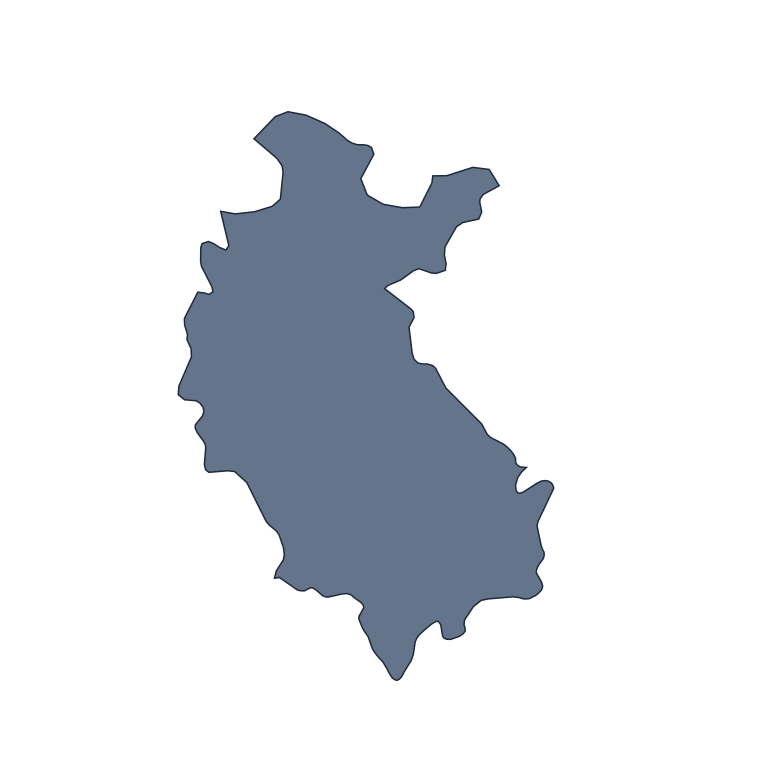 map outline of Firenze (Mercator projection), rotated 125°
{"feature_id": "ITA-5386", "entity_name": "Firenze", "entity_type": "Province", "adm_level": 1, "iso_a3": "ITA", "parent_name": "Italy", "parent_adm1": "", "projection": "mercator", "projection_center": [11.33, 43.844], "detail": "fine", "context": "isolated", "style": "filled", "palette": "slate", "viewbox_px": 768, "rotation_deg": 125, "n_neighbors": 0, "source": "natural_earth", "source_scale": "10m", "svg_char_len": 3027}
<svg xmlns="http://www.w3.org/2000/svg" viewBox="0 0 768 768"><g transform="rotate(125 384 384)"><path d="M185.5,463.4L185.4,463.2L177.3,452.0L155.6,435.5L147.9,420.9L155.5,403.4L171.6,411.4L176.9,411.5L179.9,410.1L187.1,402.6L194.5,401.0L206.6,412.1L213.6,414.8L236.6,412.7L243.9,408.4L249.8,402.1L255.7,399.0L263.2,404.4L265.8,408.6L269.5,421.5L273.8,424.6L289.1,429.9L301.2,437.4L305.5,438.2L307.1,405.1L307.9,401.6L312.4,397.4L323.1,396.1L342.9,378.3L346.5,373.5L347.4,368.2L345.4,363.9L342.7,359.8L341.1,355.1L341.2,352.3L341.8,350.2L351.8,331.1L360.7,281.0L366.0,270.6L366.7,266.0L364.7,251.6L365.0,246.8L365.9,241.8L367.4,237.1L369.6,233.4L372.2,231.5L373.3,230.3L374.0,228.2L373.9,225.7L373.1,223.5L370.7,219.5L377.1,220.8L384.1,220.8L391.6,218.1L395.4,214.7L396.4,212.3L395.8,210.4L394.3,209.0L392.3,207.8L377.4,201.7L373.6,199.6L372.0,198.2L370.8,196.7L369.7,194.8L369.2,192.7L369.0,190.4L369.7,188.4L370.8,186.5L372.3,185.1L407.7,179.1L412.2,177.5L426.3,162.5L428.5,159.4L429.2,158.1L429.9,156.6L431.9,154.8L435.4,153.4L443.9,153.5L448.1,152.7L450.7,151.5L451.9,149.8L455.7,141.7L456.9,140.0L458.2,138.4L460.2,137.3L463.0,136.8L467.4,137.6L470.3,138.5L476.3,141.7L478.0,143.6L479.9,146.3L481.7,151.4L484.3,156.2L500.3,175.4L505.5,180.3L515.2,183.1L519.3,183.0L530.6,182.7L533.0,181.7L535.6,180.1L536.8,178.3L538.3,176.8L540.1,175.7L543.4,176.0L547.6,177.6L554.8,182.8L557.2,186.3L557.8,189.3L556.9,191.2L555.5,192.8L549.9,198.2L548.4,200.0L547.7,202.1L547.5,204.2L550.1,206.0L554.4,207.7L568.5,211.2L573.2,211.4L577.4,210.5L588.9,204.8L594.9,203.1L607.6,202.4L608.9,202.3L612.9,201.7L615.0,201.8L617.4,202.3L619.3,203.4L620.1,205.6L620.0,208.7L617.7,214.3L616.1,217.2L612.4,225.2L610.4,234.1L609.0,238.3L607.7,241.4L600.0,252.2L597.5,259.0L596.3,261.5L591.6,268.9L590.1,270.4L588.2,271.3L580.5,272.0L578.3,272.6L576.8,274.6L576.2,277.8L576.1,286.2L575.7,289.0L576.0,291.7L577.2,294.5L580.3,298.2L590.8,307.7L591.9,309.9L592.6,312.8L591.7,321.6L591.8,324.8L593.0,327.2L596.5,329.2L599.1,330.5L601.3,333.9L602.4,336.8L602.5,358.7L605.9,362.3L599.0,365.0L585.6,365.6L580.7,368.0L575.6,372.6L567.6,383.7L566.2,387.8L565.3,397.1L564.3,401.5L543.4,439.9L541.4,456.2L544.7,462.2L556.8,476.8L556.5,481.0L552.9,485.0L538.1,493.7L536.1,495.8L534.5,498.8L531.0,509.0L528.5,513.3L525.6,515.1L514.3,514.4L510.2,515.6L506.9,518.7L505.2,524.1L505.6,528.5L511.3,538.3L510.8,546.4L503.4,550.8L472.2,557.3L465.6,562.4L460.7,570.9L456.3,573.2L449.9,581.3L444.8,585.1L415.6,589.2L412.9,584.3L410.9,578.8L406.6,577.0L403.2,580.5L392.4,600.8L389.0,604.4L377.2,612.4L373.2,613.5L368.0,609.6L366.7,603.9L366.5,597.1L364.9,590.3L359.6,590.5L336.2,616.9L330.1,603.6L317.1,588.8L302.6,577.5L292.1,574.9L268.6,588.0L263.8,592.5L260.6,601.1L257.7,631.2L227.3,626.4L216.0,618.8L208.4,601.8L204.5,581.6L204.2,564.5L205.4,553.5L205.0,548.3L203.3,543.2L199.4,537.3L197.9,534.1L197.4,529.9L201.6,524.1L229.1,520.8L238.8,506.1L237.3,487.9L229.0,470.0L218.5,456.2L191.8,460.1L185.5,463.4Z" fill="#64748b" stroke="#1e293b" stroke-width="1.5"/></g></svg>